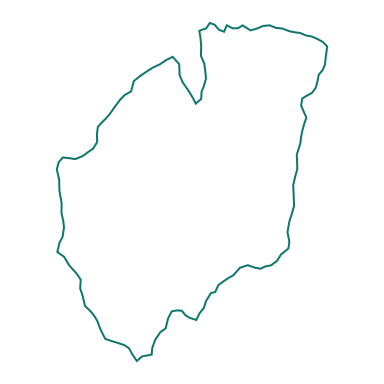 Tarabai, São Paulo, Brazil (Equal Earth projection)
{"feature_id": "56859067B13079044962681", "entity_name": "Tarabai", "entity_type": "district", "adm_level": 2, "iso_a3": "BRA", "parent_name": "Brazil", "parent_adm1": "São Paulo", "projection": "equal_earth", "projection_center": [-51.622, -22.363], "detail": "fine", "context": "isolated", "style": "outline", "palette": "teal", "viewbox_px": 384, "rotation_deg": 0, "n_neighbors": 0, "source": "geoboundaries", "source_scale": "gbopen_adm2", "svg_char_len": 1861}
<svg xmlns="http://www.w3.org/2000/svg" viewBox="0 0 384 384"><path d="M199.3,30.8L200.5,37.8L201.2,46.5L200.9,55.8L204.2,63.5L205.1,69.9L206.0,78.6L203.8,86.3L201.6,91.6L201.2,99.0L195.7,103.6L193.2,98.5L188.3,90.4L182.7,82.4L179.6,75.0L179.2,64.2L172.7,56.8L166.3,60.0L159.8,64.4L153.2,67.4L147.6,70.9L139.7,76.3L133.8,81.1L131.1,91.4L124.9,94.9L120.6,99.1L114.3,107.5L109.7,114.1L105.8,118.6L101.2,123.1L97.8,127.0L96.9,134.6L97.2,142.0L93.1,148.7L88.8,151.6L82.4,156.2L75.2,159.1L68.7,158.1L62.8,157.5L58.7,162.2L56.8,169.4L59.2,180.0L59.4,190.5L61.6,203.0L61.5,213.0L63.3,221.3L64.0,227.3L62.6,236.7L59.5,242.7L57.3,252.0L64.1,256.8L69.2,265.4L77.1,274.2L80.7,279.7L80.2,288.5L82.6,295.6L85.0,305.9L88.6,309.4L92.0,312.9L95.1,317.1L97.7,321.9L99.8,327.7L102.3,333.1L105.3,338.9L111.8,341.1L118.0,343.0L124.0,345.0L129.0,348.2L132.2,354.2L136.9,361.0L141.9,356.5L151.7,354.6L152.2,348.2L155.3,339.6L160.4,332.1L165.6,328.4L168.2,318.1L171.7,311.4L176.9,310.4L181.8,310.8L185.9,315.7L190.2,318.0L196.2,320.0L199.8,312.9L203.9,307.9L206.0,301.1L210.9,293.1L215.2,292.0L218.4,285.0L227.0,278.9L233.4,275.2L239.9,267.8L247.8,265.2L255.2,267.8L260.5,268.7L265.4,266.4L270.9,265.4L277.0,260.9L281.0,254.5L288.3,248.6L289.4,242.1L287.5,232.1L289.4,221.3L291.6,214.6L294.1,205.8L293.7,196.6L293.2,185.1L295.2,176.6L297.3,169.2L297.1,162.2L296.8,154.5L298.7,148.7L300.4,143.0L301.1,136.6L302.5,130.2L304.2,123.8L306.4,117.6L303.7,111.6L301.1,105.5L302.3,98.5L307.1,95.5L311.9,93.0L315.7,87.9L317.6,80.9L318.7,74.8L322.5,70.3L325.0,64.5L325.8,56.5L327.2,46.5L322.5,41.7L317.0,38.8L311.7,36.5L306.0,35.5L300.2,33.0L295.6,32.4L290.0,31.4L282.2,28.5L276.0,27.9L269.6,25.3L262.9,26.0L257.2,28.5L250.6,30.4L242.5,25.4L238.1,28.2L232.6,28.3L226.8,25.3L224.1,31.7L219.1,29.9L214.6,24.7L209.8,23.0L206.2,28.3L199.3,30.8Z" fill="none" stroke="#0f766e" stroke-width="2"/></svg>